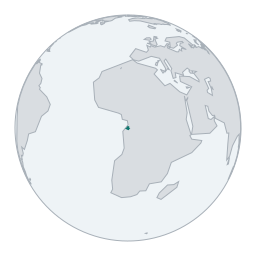 globe centered on Centro Sur, rotated 26°
{"feature_id": "GNQ-1468", "entity_name": "Centro Sur", "entity_type": "Province", "adm_level": 1, "iso_a3": "GNQ", "parent_name": "Equatorial Guinea", "parent_adm1": "", "projection": "orthographic", "projection_center": [10.435, 1.583], "detail": "fine", "context": "on_globe", "style": "filled", "palette": "teal", "viewbox_px": 256, "rotation_deg": 26, "n_neighbors": 0, "source": "natural_earth", "source_scale": "10m", "svg_char_len": 7324}
<svg xmlns="http://www.w3.org/2000/svg" viewBox="0 0 256 256"><g transform="rotate(26 128 128)"><circle cx="128" cy="128" r="113" fill="#eef3f6" stroke="#a8b0b8"/><path d="M88.5,22.5L87.0,23.1L84.2,24.2L83.9,24.4L88.5,22.5ZM60.0,38.2L57.4,40.2L59.5,38.6L62.9,36.1L66.0,34.2L69.7,31.7L71.5,30.7L75.7,28.3L76.2,28.3L74.3,29.7L70.8,31.8L69.9,32.6L74.1,30.6L68.5,34.8L66.4,38.5L64.8,39.9L60.1,42.1L57.8,41.9L51.8,46.2L56.8,43.2L52.8,47.2L52.6,48.0L53.4,47.8L55.4,46.3L54.3,47.8L48.9,51.0L49.8,49.6L51.5,48.5L50.4,48.7L46.7,51.4L45.0,53.6L41.3,56.6L40.0,58.2L38.5,60.1L40.8,57.0L36.6,62.7L32.5,68.2L37.1,61.4L42.2,55.0L47.7,49.0L53.7,43.3L60.0,38.2ZM16.9,109.3L16.9,109.2L16.8,111.2L17.8,106.6L19.0,104.2L17.8,110.7L19.4,104.8L19.4,108.0L22.6,108.0L22.0,109.5L24.4,117.5L29.0,121.2L30.1,126.1L29.4,129.1L31.4,130.1L31.5,132.0L41.3,135.6L47.8,140.9L48.6,147.8L45.1,155.4L46.4,171.9L41.3,176.9L43.0,183.4L44.3,192.7L40.8,191.7L44.9,196.6L45.6,199.3L44.2,199.3L46.7,202.6L45.8,202.6L48.3,204.8L50.9,208.8L54.9,212.3L57.9,215.5L60.6,217.5L60.2,217.4L60.8,218.1L62.3,219.2L59.3,217.2L53.8,212.7L51.4,210.5L50.9,210.0L45.4,204.2L46.3,205.3L38.7,196.3L33.9,188.7L23.4,166.5L21.6,162.0L19.2,156.7L16.9,146.3L15.7,136.5L15.4,126.7L15.7,120.6L16.6,111.8L16.7,110.5L16.6,111.1L16.9,109.3ZM24.3,84.1L22.8,89.2L22.1,89.8L22.5,88.9L23.3,86.6L23.6,85.6L24.3,84.1ZM27.3,77.7L27.5,77.3L27.5,77.2L27.3,77.7ZM75.2,28.5L75.4,28.4L74.5,28.9L75.2,28.5ZM76.8,27.7L76.7,27.7L76.0,28.1L76.8,27.7ZM80.1,26.1L78.1,27.0L77.7,27.2L80.1,26.1ZM94.8,20.5L94.7,20.4L96.4,19.9L94.8,20.5ZM100.3,18.8L100.2,18.9L98.7,19.3L98.9,19.2L100.3,18.8ZM109.4,16.9L107.3,17.3L106.6,17.4L109.4,16.9ZM65.6,221.3L60.2,217.9L62.6,219.4L60.9,217.9L65.0,220.3L65.6,221.3ZM62.0,217.2L62.0,216.3L63.0,216.9L63.2,217.6L62.0,217.2ZM237.8,102.8L237.6,101.9L239.2,110.0L239.6,112.6L240.2,118.0L239.9,115.3L239.5,112.8L238.4,105.8L235.6,95.4L235.6,97.2L234.4,93.1L230.6,84.9L229.9,87.4L229.7,98.2L231.7,108.8L230.8,113.6L224.6,98.3L220.8,88.3L219.2,89.3L212.3,81.2L202.2,81.0L200.2,78.6L198.4,79.8L193.4,77.4L190.2,73.5L187.5,73.9L196.0,84.3L198.9,84.0L200.5,79.9L202.4,83.7L207.1,87.1L203.9,96.8L187.9,105.9L185.5,98.0L168.7,77.5L168.7,75.3L168.6,75.0L168.4,74.6L167.8,78.3L164.6,74.5L174.5,88.4L176.5,94.7L187.7,106.4L186.9,107.7L190.2,110.1L199.8,106.9L200.1,109.5L196.1,122.2L182.0,139.9L183.4,151.7L181.5,161.8L171.7,168.8L171.5,176.6L166.2,179.5L165.2,183.9L160.4,188.7L152.7,193.4L140.9,193.7L141.0,189.7L136.3,182.0L130.3,163.3L134.1,154.5L133.4,147.8L124.8,133.3L126.7,125.1L124.2,121.7L119.1,122.7L116.1,118.8L112.9,118.8L92.5,122.4L85.8,117.4L76.8,102.0L80.1,95.6L79.9,88.6L102.2,64.6L107.9,65.6L126.6,62.2L129.0,62.9L127.8,68.0L142.6,73.9L146.2,69.5L158.6,72.8L166.3,72.5L167.2,63.0L154.7,63.2L151.6,58.7L160.8,54.8L171.6,55.3L170.7,53.7L163.1,50.0L164.7,47.2L160.3,48.6L162.7,50.2L160.0,51.3L157.7,50.0L158.4,48.9L154.9,48.2L152.6,54.0L154.8,56.3L146.2,57.6L149.0,61.6L146.9,63.6L141.4,57.6L141.3,55.4L131.7,49.5L131.0,51.9L140.0,57.7L137.6,57.3L136.8,61.1L135.5,57.9L125.8,51.5L117.5,53.4L108.3,63.2L103.2,64.3L98.2,62.8L100.1,53.3L111.4,51.9L112.2,49.1L108.7,45.4L112.5,45.5L112.4,44.0L116.6,43.6L121.2,39.8L125.3,39.3L126.0,35.1L128.2,34.5L127.1,37.0L128.6,38.7L138.5,38.2L140.1,37.3L139.7,34.8L142.5,35.2L140.9,32.8L146.0,31.9L138.4,31.3L137.8,28.9L140.2,27.1L138.7,26.4L134.7,29.3L134.3,30.7L136.2,31.9L134.0,36.3L130.8,37.1L127.9,32.6L123.1,33.5L123.0,30.1L133.9,23.4L139.1,22.4L150.0,25.0L149.5,26.3L145.3,25.8L150.2,28.2L149.3,27.0L151.6,27.5L151.6,25.8L153.2,26.1L150.4,24.1L152.4,24.4L154.2,25.6L155.9,23.8L159.7,24.1L159.3,23.6L157.8,23.0L163.7,24.1L163.1,23.7L161.0,23.2L158.5,22.1L156.3,20.8L158.5,21.2L159.5,21.8L165.0,23.8L167.5,25.5L168.2,25.6L166.5,24.3L159.8,21.7L157.9,20.8L161.2,21.8L159.9,21.4L159.6,21.1L161.4,21.4L157.8,20.3L151.9,17.9L152.8,18.1L160.4,20.1L167.9,22.7L175.2,25.7L182.2,29.3L189.0,33.3L195.5,37.8L201.7,42.8L207.5,48.2L212.9,54.0L217.9,60.1L222.4,66.6L226.5,73.3L230.1,80.4L233.2,87.7L235.7,95.2L237.8,102.8ZM95.7,76.3L95.4,78.3L95.7,76.3ZM183.9,61.2L189.7,61.7L185.5,56.0L187.4,55.9L185.3,54.2L185.2,55.7L179.7,51.1L181.7,49.6L180.1,47.4L178.1,47.2L175.4,50.7L183.2,57.1L182.5,59.3L183.9,61.2ZM22.7,107.9L22.9,109.2L22.3,109.2L22.7,107.9ZM21.2,92.4L21.2,92.6L21.0,93.6L20.8,93.9L21.2,92.4ZM23.7,92.9L24.2,93.5L23.3,93.9L23.7,92.9ZM22.8,90.0L23.3,92.6L21.7,94.4L21.5,92.8L22.1,92.3L22.8,90.0ZM25.6,81.2L25.4,81.7L24.9,82.8L25.6,81.2ZM27.4,77.7L27.3,77.8L27.7,76.9L27.4,77.7ZM53.1,47.0L53.5,46.8L54.0,47.0L53.0,47.7L53.1,47.0ZM60.8,44.5L58.8,47.1L59.5,45.5L57.8,46.7L57.1,45.2L64.0,40.5L61.0,42.8L60.8,44.5ZM58.1,42.3L57.8,43.5L57.9,42.4L58.1,42.3ZM108.1,37.3L109.9,38.0L108.9,39.7L103.7,41.3L105.2,38.8L108.1,37.3ZM112.7,38.7L111.2,34.3L114.4,33.4L112.9,34.6L115.1,34.5L113.2,36.4L117.6,40.2L117.0,42.1L107.9,43.5L111.2,41.9L109.2,41.1L112.7,38.7ZM102.1,27.6L101.5,26.5L109.0,25.9L108.7,27.0L103.6,28.4L100.9,28.0L102.1,27.6ZM84.9,24.1L84.2,24.3L85.1,24.0L86.4,23.5L84.9,24.1ZM95.1,20.3L96.5,19.9L93.3,20.9L94.6,20.5L88.9,23.0L87.8,23.3L85.8,24.8L82.2,26.3L83.6,25.2L79.2,27.7L79.1,27.3L76.4,29.0L80.0,26.3L79.6,26.3L81.4,25.7L84.8,24.3L86.2,23.7L89.8,22.1L90.3,21.9L95.1,20.3ZM120.6,16.6L117.7,16.8L121.4,17.1L118.3,17.5L118.9,17.5L117.0,18.1L115.7,18.9L114.2,19.1L114.4,19.3L113.1,19.8L112.8,20.3L109.9,20.9L109.4,21.6L108.3,21.5L108.1,22.6L106.9,22.1L105.2,22.9L107.3,23.0L92.0,26.4L86.6,28.8L82.7,31.3L81.1,30.4L83.8,27.8L88.6,24.7L94.1,22.8L92.4,22.9L94.5,22.1L95.0,22.3L95.5,21.5L97.4,21.0L101.7,19.3L101.4,18.9L102.9,18.4L104.0,18.3L104.8,17.9L107.9,17.5L109.1,17.2L113.3,16.6L114.6,16.9L115.9,16.5L119.1,16.3L120.6,16.6ZM112.6,16.4L114.8,16.2L114.2,16.5L107.2,17.4L105.7,17.7L101.1,18.7L101.7,18.5L104.3,17.9L103.8,18.0L105.1,17.7L105.9,17.6L107.3,17.3L109.1,17.0L109.4,16.9L112.2,16.5L112.6,16.4ZM131.3,60.9L133.1,61.1L135.8,60.8L135.4,63.3L131.3,60.9ZM124.6,56.6L126.2,56.2L126.8,59.3L124.9,59.3L124.6,56.6ZM126.5,53.5L126.2,55.9L125.2,54.6L126.5,53.5ZM128.5,36.6L130.1,36.3L130.5,36.8L129.9,37.8L128.5,36.6ZM131.0,19.1L129.4,18.8L129.8,18.6L128.0,17.8L130.2,17.6L132.2,18.1L131.0,19.1ZM165.4,64.6L163.6,66.5L162.3,65.6L163.2,65.1L165.4,64.6ZM149.0,64.7L153.0,65.9L148.8,65.4L149.0,64.7ZM133.1,18.8L132.1,18.4L133.8,18.6L133.1,18.8ZM131.8,17.5L133.7,17.6L130.3,17.5L131.8,17.5ZM191.5,213.6L191.0,214.9L189.9,215.0L191.5,213.6ZM197.9,159.9L189.0,177.7L184.5,177.9L184.6,172.7L188.5,161.9L194.0,158.8L197.0,153.9L197.9,159.9ZM240.6,130.8L239.7,117.5L240.0,117.9L240.5,122.5L240.6,130.8ZM232.1,109.9L234.0,116.3L233.2,117.4L232.1,109.9ZM150.7,19.0L150.7,20.2L152.1,21.4L155.2,22.4L150.8,21.6L148.6,19.8L150.7,19.0ZM151.6,17.9L148.8,17.3L150.0,17.5L150.8,17.7L151.6,17.9ZM149.9,17.6L146.7,17.1L145.1,16.8L148.0,17.2L149.9,17.6ZM140.0,17.3L139.8,17.5L138.4,17.3L140.0,17.3Z" fill="#d9dde1" stroke="#a8b0b8" stroke-width="1"/><path d="M127.5,126.9L128.0,126.9L128.0,127.0L128.0,127.3L128.3,127.5L128.3,127.8L128.3,128.0L128.5,128.0L128.8,128.0L129.0,128.0L128.9,128.2L128.8,128.3L128.7,128.4L128.7,128.5L128.8,128.7L128.9,128.8L129.0,128.9L129.0,129.0L128.6,129.1L128.0,129.1L127.4,129.1L127.2,129.1L127.3,129.0L127.5,129.0L127.6,128.9L127.5,128.7L127.4,128.6L127.4,128.4L127.4,128.2L127.1,128.1L127.1,127.9L127.3,127.7L127.4,127.3L127.4,127.2L127.5,127.1L127.5,126.9Z" fill="#14b8a6" stroke="#0f766e" stroke-width="1.5"/></g></svg>